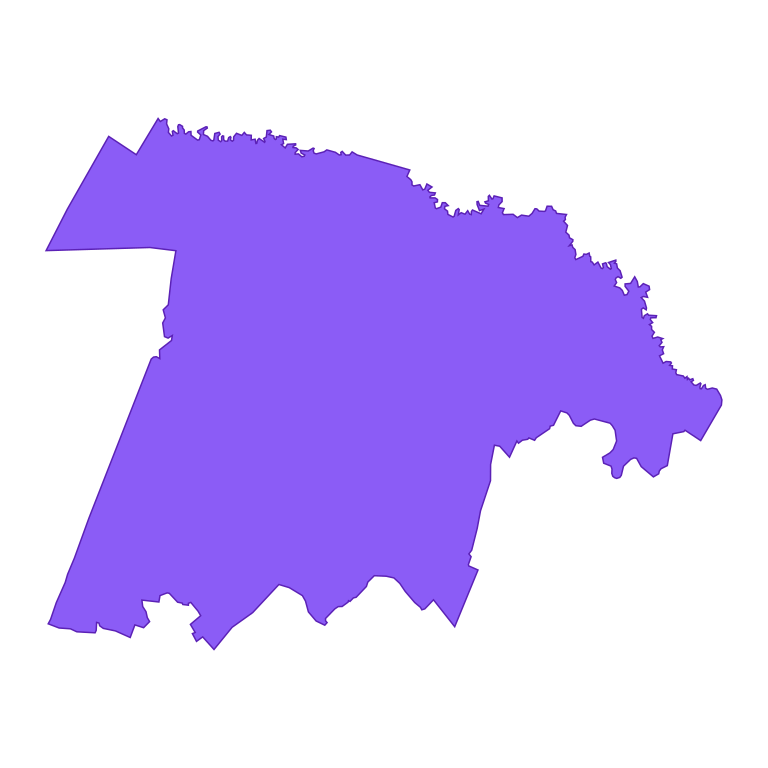 outline of Bocsig, Arad, Romania
{"feature_id": "2599482B20557831066636", "entity_name": "Bocsig", "entity_type": "district", "adm_level": 2, "iso_a3": "ROU", "parent_name": "Romania", "parent_adm1": "Arad", "projection": "mercator", "projection_center": [21.993, 46.42], "detail": "fine", "context": "isolated", "style": "filled", "palette": "violet", "viewbox_px": 768, "rotation_deg": 0, "n_neighbors": 0, "source": "geoboundaries", "source_scale": "gbopen_adm2", "svg_char_len": 6115}
<svg xmlns="http://www.w3.org/2000/svg" viewBox="0 0 768 768"><path d="M421.8,609.8L424.8,608.9L433.5,599.8L454.7,626.7L478.0,570.0L468.7,565.9L468.4,564.5L471.1,556.7L468.9,553.9L471.7,550.2L477.2,528.4L480.5,510.8L490.5,480.7L490.6,464.5L494.4,445.2L499.7,446.2L509.5,457.2L516.9,441.0L518.5,443.2L522.4,440.2L527.7,439.3L528.9,437.9L534.6,440.3L536.3,437.7L549.6,428.7L550.2,426.1L553.5,425.3L560.7,410.9L566.9,412.9L569.3,415.3L573.4,423.3L575.8,425.7L581.2,426.3L590.3,420.2L594.4,419.0L610.1,423.2L612.3,425.7L615.1,430.3L616.6,441.0L613.2,449.5L609.9,452.9L602.5,457.3L603.7,463.2L611.0,466.1L612.0,469.1L611.8,473.4L612.8,476.3L614.6,477.7L616.7,478.4L619.8,477.4L621.3,475.3L623.5,466.2L630.6,459.4L633.9,457.9L636.6,458.3L641.2,466.6L653.4,476.9L658.7,473.8L659.3,471.0L661.1,468.7L667.3,465.6L672.9,433.8L683.8,431.6L685.0,430.2L700.7,440.6L721.4,405.1L721.9,399.9L720.5,395.5L716.7,389.1L712.3,388.0L707.4,389.3L705.7,388.2L705.2,384.7L703.5,385.5L701.4,388.8L700.2,388.7L699.9,387.2L700.9,383.7L700.3,383.0L696.2,385.4L693.9,385.0L691.1,381.8L693.4,380.4L692.8,378.7L689.7,379.8L688.6,378.2L687.4,379.4L687.0,376.6L684.9,378.2L683.3,376.0L676.6,374.6L675.8,372.7L676.4,369.7L672.3,369.0L672.5,365.8L669.6,365.4L671.4,363.0L670.7,361.9L666.1,361.5L663.1,363.2L659.5,355.8L663.6,353.7L662.3,349.9L663.7,346.7L660.3,346.9L659.2,345.7L662.0,342.4L660.8,339.7L662.8,338.6L657.7,337.0L653.0,338.4L652.0,336.1L654.4,332.3L651.6,329.5L651.6,326.3L649.4,324.6L652.7,322.6L650.3,319.6L650.8,317.8L656.0,317.7L656.5,315.7L648.6,315.2L647.5,313.8L644.3,315.7L643.4,318.3L642.1,317.4L641.4,309.3L643.2,307.9L646.2,309.8L646.5,308.0L644.5,301.1L641.2,297.6L643.3,296.5L647.6,297.3L645.7,292.1L649.6,289.6L649.1,286.2L643.3,283.6L640.0,286.8L638.3,287.0L637.3,281.5L634.7,276.8L630.6,283.4L625.1,283.9L625.1,286.4L628.8,291.2L627.0,294.6L624.3,295.2L622.3,290.4L619.8,287.9L614.2,286.0L616.6,282.6L615.3,279.6L615.8,278.2L618.0,276.6L620.8,278.3L622.1,277.2L620.1,270.7L617.4,268.0L616.6,263.8L614.4,263.1L615.9,261.3L615.8,260.1L608.5,262.5L610.4,264.6L611.3,268.6L610.4,269.2L607.2,266.7L606.3,263.3L605.5,262.8L602.5,263.9L603.4,267.5L602.3,268.6L601.1,268.1L597.9,262.1L594.1,264.9L592.3,262.1L590.8,261.6L590.7,256.8L589.7,256.1L589.1,253.0L586.3,254.4L583.9,254.0L582.9,256.3L575.8,259.6L574.8,257.7L575.9,254.5L575.1,249.6L572.8,247.4L572.0,244.9L569.3,245.7L572.8,241.3L572.9,239.7L569.5,237.8L569.0,235.1L565.8,232.2L567.5,225.5L563.6,221.2L565.4,219.6L565.1,217.2L566.5,214.5L556.5,213.4L555.7,211.0L553.1,209.7L551.6,206.3L547.1,206.2L545.5,210.8L544.5,211.4L539.1,211.1L536.8,208.9L535.0,208.7L532.1,213.4L528.8,216.2L521.5,215.1L517.4,217.6L513.1,214.3L503.5,214.6L502.4,212.8L504.1,208.6L498.3,207.5L498.9,204.9L502.1,201.6L502.1,197.9L494.1,195.9L492.9,198.8L491.9,199.0L489.4,195.3L488.3,196.4L488.4,200.8L484.9,201.8L485.5,203.1L488.7,204.4L488.0,206.2L479.7,205.3L478.2,201.4L477.0,201.7L477.1,204.5L479.5,210.6L483.9,209.1L481.1,213.8L472.5,210.0L471.4,211.5L471.3,214.6L469.7,214.2L467.7,210.7L465.0,214.2L461.2,212.7L458.3,214.9L459.2,209.6L458.3,208.6L455.8,210.4L454.1,216.4L453.0,217.0L447.9,214.4L447.5,211.1L444.5,208.8L444.9,206.3L448.2,205.6L445.3,202.7L442.3,202.7L440.8,207.1L436.5,208.7L435.3,208.0L434.2,202.7L437.4,201.9L437.5,199.5L435.1,197.9L430.1,197.9L429.8,197.0L431.4,195.5L434.5,195.0L435.3,192.9L429.4,192.3L427.8,190.3L432.0,187.0L426.9,184.0L424.8,189.1L422.8,189.9L419.9,184.7L413.7,186.0L412.0,184.9L412.0,181.8L410.8,179.7L406.9,176.5L409.8,170.0L357.2,155.0L352.1,151.9L349.6,155.0L345.7,155.1L342.2,151.4L340.8,152.4L341.1,154.7L339.3,155.0L335.4,152.3L326.8,149.9L324.1,151.8L316.3,153.9L314.1,153.2L313.2,150.8L314.1,148.5L313.1,148.1L308.2,151.0L300.3,150.4L301.2,153.1L304.8,155.0L304.2,156.3L301.8,156.8L298.4,153.9L295.2,154.2L295.2,152.6L298.1,149.5L296.2,147.9L293.0,147.5L293.2,146.2L295.7,144.9L295.6,143.8L287.4,144.3L285.2,147.9L281.4,144.7L283.6,143.6L282.8,139.2L286.3,139.6L285.9,137.1L279.6,135.6L278.7,137.1L276.4,136.7L276.3,139.0L275.3,139.5L274.2,138.5L273.7,136.0L268.9,134.5L271.5,131.9L270.3,130.2L267.0,130.6L266.3,137.0L263.6,138.5L265.0,141.4L264.6,142.3L259.1,138.5L257.5,140.2L256.7,143.4L255.9,143.5L255.1,139.2L251.2,139.9L251.3,135.3L246.5,134.9L244.3,132.4L241.8,135.4L236.5,133.3L233.7,136.8L233.5,140.3L232.3,141.2L230.4,139.9L230.9,137.3L230.3,136.6L228.7,137.6L227.6,141.1L225.2,141.2L223.7,139.8L223.6,136.1L222.6,135.8L221.6,136.8L221.7,140.6L220.7,141.7L218.3,140.2L218.0,136.6L220.1,134.1L219.1,132.3L214.8,133.5L213.8,140.1L212.9,140.9L210.9,140.3L207.5,136.3L203.4,134.5L203.7,130.6L207.3,128.1L207.0,126.9L205.9,126.8L197.7,131.0L197.6,132.1L200.8,135.0L199.3,139.7L197.6,140.1L191.1,135.3L190.9,131.5L188.6,131.8L185.8,134.1L184.4,133.4L184.2,130.0L182.6,128.0L182.5,126.3L179.7,124.6L178.5,124.8L177.8,126.6L178.5,133.1L177.2,133.7L173.3,130.7L172.3,131.5L173.0,135.2L171.5,136.0L168.4,132.4L168.8,128.8L166.6,123.9L167.0,119.8L164.7,118.8L160.3,121.5L158.1,118.5L136.3,154.7L108.7,136.4L67.3,209.2L46.1,250.6L149.9,247.5L175.9,250.7L171.2,278.6L168.3,304.8L163.2,309.8L165.4,317.9L162.7,323.0L164.5,336.6L168.1,338.1L172.3,335.5L171.5,340.5L159.5,349.9L159.8,358.6L156.3,356.7L153.5,357.1L151.2,359.1L88.9,518.2L74.4,558.1L67.6,574.3L65.2,582.5L56.3,602.6L50.6,619.3L48.2,623.8L59.1,628.0L70.4,628.8L76.8,631.8L95.1,632.8L96.2,630.4L96.6,622.4L99.0,623.1L99.7,625.8L103.3,628.4L115.4,630.9L130.2,637.5L134.9,624.9L143.6,627.7L149.6,621.6L147.3,617.6L146.0,611.7L142.7,606.5L141.9,600.1L158.9,602.0L160.0,595.6L167.1,592.9L169.3,593.3L177.6,602.2L182.2,603.1L182.8,604.5L188.4,605.2L188.4,603.3L190.8,602.4L198.0,611.1L200.7,615.7L190.4,624.4L195.2,632.5L192.4,633.6L196.5,641.4L202.7,636.9L214.0,649.5L232.1,627.3L252.7,612.6L278.9,584.5L289.2,587.6L302.4,595.6L305.5,601.1L308.4,611.9L316.1,621.0L324.8,625.2L327.1,622.6L325.6,620.9L325.5,618.5L334.8,608.9L338.2,606.6L342.1,606.5L348.1,602.1L348.5,600.7L350.0,601.4L353.4,597.9L356.1,597.3L366.4,586.5L367.8,582.1L374.3,575.7L386.2,576.2L393.9,577.9L399.8,583.4L405.2,591.4L414.7,602.5L420.4,607.3L421.8,609.8Z" fill="#8b5cf6" stroke="#5b21b6" stroke-width="1.5"/></svg>